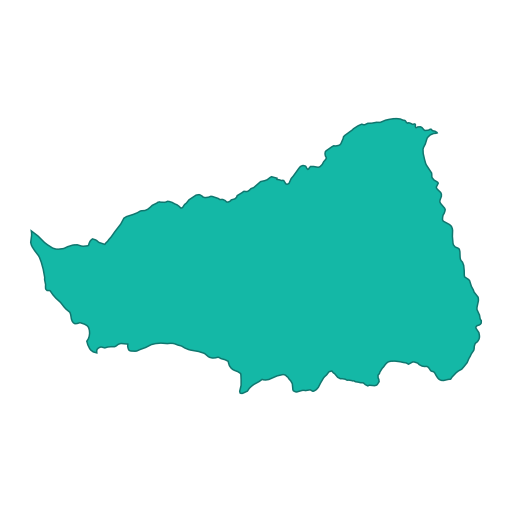 Iles, Nariño, Colombia (orthographic projection)
{"feature_id": "7082276B76262709729970", "entity_name": "Iles", "entity_type": "district", "adm_level": 2, "iso_a3": "COL", "parent_name": "Colombia", "parent_adm1": "Nariño", "projection": "orthographic", "projection_center": [-77.509, 0.985], "detail": "fine", "context": "isolated", "style": "filled", "palette": "teal", "viewbox_px": 512, "rotation_deg": 0, "n_neighbors": 0, "source": "geoboundaries", "source_scale": "gbopen_adm2", "svg_char_len": 6054}
<svg xmlns="http://www.w3.org/2000/svg" viewBox="0 0 512 512"><path d="M450.6,379.2L452.0,377.1L456.2,372.7L458.5,370.9L461.7,369.2L463.9,366.7L467.1,362.7L468.9,358.5L470.2,356.3L471.3,353.9L473.7,350.4L474.1,348.9L474.3,346.2L475.0,344.0L475.5,343.2L477.3,341.8L478.2,340.6L479.1,338.9L479.5,337.0L479.4,335.3L478.9,332.7L476.0,328.3L475.8,327.2L477.0,325.7L479.2,325.0L480.4,324.2L481.2,323.1L481.3,321.1L481.2,320.4L480.5,319.6L480.1,318.6L479.5,315.1L476.9,309.4L477.0,307.3L478.4,300.8L478.4,299.0L478.1,297.2L474.1,292.1L473.3,289.9L471.4,286.4L469.6,280.7L468.7,279.6L464.6,276.9L464.3,275.2L464.2,270.6L463.7,265.4L462.5,262.2L461.0,260.5L460.4,259.1L460.1,257.3L459.9,251.8L459.5,249.9L459.0,248.8L457.9,248.1L455.2,247.0L453.5,245.0L453.0,243.3L452.4,236.4L452.6,230.4L452.3,228.5L451.4,226.3L449.6,224.6L443.5,221.3L442.9,220.6L442.5,219.6L442.6,217.5L443.0,215.3L444.1,213.4L444.8,211.5L445.2,209.7L444.7,208.3L440.9,203.8L440.3,202.9L439.8,201.8L440.0,200.1L441.4,196.3L441.4,194.2L440.7,192.5L437.1,189.0L436.4,187.8L436.4,186.9L438.2,183.3L437.9,182.5L437.0,181.8L434.1,180.1L432.1,177.7L431.8,176.4L431.8,174.8L431.6,173.0L426.3,164.9L425.6,163.3L424.5,159.3L423.2,153.5L423.0,149.3L423.5,147.5L425.3,144.0L427.1,138.2L428.2,136.8L430.3,134.9L433.6,133.5L435.9,133.3L437.2,132.9L437.0,132.5L435.0,131.2L432.5,130.7L431.1,129.2L430.2,129.2L428.5,130.2L424.9,130.5L423.9,129.8L422.0,127.6L420.6,126.8L417.9,126.9L416.5,127.6L415.8,127.6L415.3,126.5L415.4,124.6L415.2,124.2L414.2,123.9L413.2,124.4L412.5,124.3L410.5,123.3L408.9,122.8L408.4,122.8L407.7,123.2L406.5,122.5L405.4,120.9L404.7,120.4L402.9,120.1L400.3,119.0L396.7,118.6L393.5,118.7L389.0,119.4L385.5,120.2L380.2,122.4L376.5,122.3L371.7,123.2L367.8,123.3L364.8,124.7L363.7,124.8L361.8,124.2L361.0,124.5L357.9,125.9L353.4,128.8L352.5,129.8L344.7,135.5L343.5,136.8L343.2,138.4L340.9,143.7L339.8,144.9L338.6,145.4L335.7,146.0L333.6,145.8L331.7,146.9L326.1,150.8L325.3,151.8L325.0,153.8L325.4,156.0L326.3,157.6L326.4,158.1L325.6,159.5L323.7,161.7L322.2,164.5L320.0,166.7L318.2,167.3L313.7,166.5L310.5,166.5L309.2,168.0L308.5,169.1L307.8,169.4L306.8,168.3L305.8,166.4L305.2,166.0L303.1,165.5L302.2,165.7L300.4,166.5L298.8,168.4L293.2,176.2L291.2,178.5L289.1,183.2L288.7,183.6L287.4,184.2L286.9,184.3L285.8,183.8L283.7,180.5L282.5,180.3L281.7,180.6L279.3,179.8L276.9,179.4L277.0,178.2L271.5,176.7L270.1,177.5L267.1,179.8L264.6,180.7L260.6,181.6L253.7,187.6L251.0,188.6L249.5,190.1L248.0,191.2L246.6,191.6L244.0,191.3L243.3,191.7L242.0,192.7L237.2,195.6L236.5,197.4L234.8,198.9L231.2,199.9L230.5,200.9L228.4,202.0L227.1,202.1L226.4,201.8L225.2,200.6L223.1,199.6L222.3,199.4L220.0,199.6L218.1,198.4L212.4,196.5L210.9,196.3L208.6,197.2L205.3,197.6L204.5,197.5L202.9,197.0L202.5,196.4L200.4,195.1L199.4,194.7L198.6,194.7L196.1,195.1L189.0,199.8L186.4,203.1L184.6,204.5L182.6,207.5L181.6,208.0L180.6,207.9L179.3,206.5L177.0,204.8L175.0,204.0L172.1,202.4L169.2,201.5L167.5,201.3L166.1,202.0L164.8,202.3L160.6,202.2L159.6,201.9L157.8,202.3L156.8,203.1L152.3,205.3L150.2,207.3L147.7,209.3L145.0,210.5L141.2,210.8L140.2,211.1L137.5,212.7L133.3,214.4L126.5,216.6L123.9,218.2L120.8,224.0L114.7,231.9L111.2,236.9L108.8,239.6L107.7,241.2L105.6,243.2L104.8,244.4L99.1,242.5L98.1,241.8L96.8,240.6L95.6,239.9L92.5,238.9L91.3,239.8L90.1,241.2L89.1,243.3L88.6,245.2L87.7,245.8L83.1,246.3L81.2,246.0L77.4,244.8L74.3,244.9L72.7,245.1L67.6,246.7L64.7,248.1L63.3,248.6L58.3,249.2L56.0,249.1L52.7,248.1L47.5,244.8L44.5,242.5L38.1,236.1L31.3,230.9L31.6,232.9L31.6,235.5L30.7,242.4L31.3,244.9L32.3,247.0L34.7,250.7L38.6,255.8L39.5,257.5L41.3,262.3L43.2,269.2L44.7,277.4L44.6,279.6L45.6,284.6L45.5,286.8L45.6,288.6L45.9,289.3L47.1,290.5L49.8,290.6L50.2,290.9L53.0,294.9L55.9,298.2L60.5,302.4L64.1,307.0L66.0,309.1L69.9,312.3L70.7,314.7L71.4,319.0L72.2,321.2L73.3,322.7L74.6,323.6L75.6,323.7L77.2,323.5L79.8,322.7L80.5,322.8L84.6,324.2L87.0,325.6L88.0,326.6L88.8,328.2L89.4,330.4L89.6,333.3L89.2,336.4L88.5,338.3L88.2,339.1L86.8,341.2L87.8,344.8L89.7,348.7L90.9,350.2L93.2,351.9L96.8,352.9L96.7,351.0L97.0,349.5L98.0,348.4L98.8,347.8L100.4,347.1L101.3,347.0L104.8,347.9L107.8,347.0L111.1,346.7L114.5,346.7L115.8,346.2L118.3,344.3L120.3,343.6L121.3,343.5L127.8,344.1L127.7,346.6L128.3,348.9L129.0,350.2L129.6,350.6L130.9,351.0L135.2,351.2L136.8,351.0L140.1,349.5L145.6,347.5L151.3,344.6L155.4,343.6L160.8,343.1L167.4,343.6L170.2,343.3L173.0,343.4L175.0,343.9L177.7,345.0L181.5,346.0L184.8,348.0L188.7,349.6L190.7,350.1L198.6,351.5L203.9,353.2L205.0,353.8L208.4,356.7L209.8,357.4L212.3,358.0L213.3,358.0L215.6,357.8L217.5,357.3L218.7,357.3L221.0,358.6L225.0,359.7L228.2,361.3L228.5,362.9L229.4,365.7L231.0,368.0L232.6,369.4L234.3,370.3L237.9,371.7L240.6,373.5L240.9,374.8L241.1,379.4L241.1,385.3L239.7,391.3L240.1,393.0L241.1,393.4L242.3,393.4L243.4,393.0L247.4,391.1L249.3,388.3L251.4,386.3L253.9,384.4L259.2,381.5L262.1,379.4L263.3,379.8L265.5,380.0L268.8,379.5L277.1,375.9L282.6,374.6L283.8,374.6L285.6,375.2L286.7,376.4L287.8,377.1L289.0,379.0L290.7,380.8L292.3,383.7L292.9,389.8L293.4,390.8L294.0,391.1L295.4,391.8L296.7,392.0L302.2,390.4L304.0,390.3L305.5,390.6L310.2,389.8L312.6,391.2L313.6,391.2L315.8,390.0L317.1,388.8L318.4,387.2L320.6,382.9L323.5,378.0L324.6,376.7L326.6,374.9L328.8,372.0L329.5,371.6L331.8,371.0L333.5,373.0L334.4,373.4L337.7,377.3L340.3,378.7L342.3,378.7L345.2,379.2L347.1,380.2L348.9,380.1L351.8,380.6L352.5,380.9L353.9,380.8L355.3,381.7L358.6,382.2L360.3,382.7L362.9,382.8L363.5,383.0L365.3,384.6L367.8,385.9L369.3,385.2L374.6,385.7L376.4,385.2L377.2,384.6L379.1,381.7L378.8,379.3L378.1,377.9L378.0,375.2L379.4,373.6L379.9,372.0L382.3,368.2L383.5,367.0L385.4,364.4L386.7,363.0L388.4,361.8L391.0,361.2L394.9,361.1L400.5,361.8L403.4,362.5L406.2,362.9L408.5,364.2L412.8,361.9L414.3,362.0L417.7,363.1L419.2,364.6L422.1,366.1L424.6,366.5L426.7,366.4L427.7,366.8L428.9,368.0L430.7,370.7L431.6,371.2L433.4,371.7L434.1,372.2L434.9,373.2L436.0,375.3L437.6,377.8L438.8,379.1L440.1,379.9L441.5,380.4L443.6,380.5L448.3,379.4L450.6,379.2Z" fill="#14b8a6" stroke="#0f766e" stroke-width="1.5"/></svg>